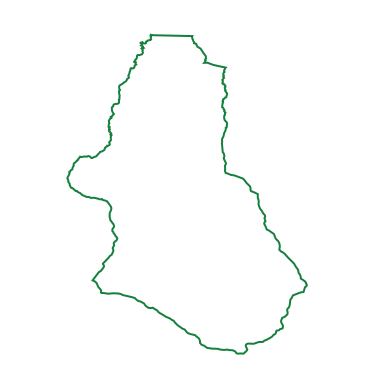 Ginebra, Valle del Cauca, Colombia, rotated 97°
{"feature_id": "7082276B86237155674580", "entity_name": "Ginebra", "entity_type": "district", "adm_level": 2, "iso_a3": "COL", "parent_name": "Colombia", "parent_adm1": "Valle del Cauca", "projection": "natural_earth1", "projection_center": [-76.22, 3.747], "detail": "fine", "context": "isolated", "style": "outline", "palette": "green", "viewbox_px": 384, "rotation_deg": 97, "n_neighbors": 0, "source": "geoboundaries", "source_scale": "gbopen_adm2", "svg_char_len": 5973}
<svg xmlns="http://www.w3.org/2000/svg" viewBox="0 0 384 384"><g transform="rotate(97 192 192)"><path d="M223.7,105.6L220.8,111.0L220.1,113.2L216.2,115.4L214.9,116.4L213.6,116.5L212.2,115.5L209.0,116.9L207.9,116.4L207.0,116.5L206.0,117.0L204.7,118.6L201.9,120.7L200.2,122.4L198.9,123.2L195.8,124.6L193.8,124.5L192.0,124.9L189.9,126.0L186.1,126.4L184.8,130.1L183.9,133.6L182.7,134.2L180.6,134.5L179.3,135.2L176.4,138.9L173.8,141.4L172.5,143.0L170.4,151.8L170.3,155.3L169.1,159.7L169.1,160.8L167.8,161.5L166.8,161.9L164.8,161.9L161.9,162.5L160.1,161.8L159.3,161.8L154.8,164.6L152.2,164.2L149.7,165.3L148.8,166.3L139.8,168.3L138.4,168.1L136.9,168.6L135.3,168.5L133.2,167.6L129.4,167.2L127.6,166.5L125.4,166.1L124.1,166.3L123.8,165.6L123.1,165.4L121.2,165.6L120.1,165.4L118.5,166.1L116.9,168.2L114.8,169.1L112.2,169.3L111.5,168.7L110.5,168.7L109.8,169.0L109.1,168.5L107.7,170.0L107.0,169.7L106.5,169.8L106.0,170.6L104.7,171.3L104.2,172.4L100.9,172.5L99.2,172.1L98.6,172.6L98.1,172.3L97.6,172.6L96.7,172.2L96.2,172.4L95.5,171.4L94.1,170.5L94.0,169.8L93.8,169.6L90.6,169.1L89.6,169.4L89.0,170.2L88.1,170.6L87.6,171.3L87.1,171.2L86.9,171.5L86.2,171.3L85.7,171.9L84.5,172.2L83.8,172.1L83.5,171.6L82.6,171.8L81.2,173.0L81.0,173.5L81.3,174.2L80.5,174.7L80.2,175.1L79.8,174.8L79.2,175.0L78.2,174.7L77.5,175.4L76.9,175.5L75.7,174.7L75.0,174.7L74.7,174.2L73.4,175.1L72.7,174.5L71.8,175.2L70.5,175.4L69.0,174.4L68.7,174.8L68.2,174.7L67.4,175.0L66.5,174.5L65.4,174.2L65.0,174.3L64.4,173.8L63.3,186.1L61.8,192.5L62.3,195.6L61.4,195.0L60.6,194.7L59.7,194.6L59.3,195.2L59.0,195.2L57.8,194.3L55.5,194.9L52.9,197.4L48.7,200.9L47.0,204.5L44.4,206.0L44.1,208.1L43.3,208.1L42.0,209.1L40.9,209.5L40.4,210.0L38.4,210.8L37.2,210.6L41.1,249.4L41.0,252.1L41.9,252.2L41.9,251.5L44.8,251.7L45.5,251.2L46.0,251.5L47.2,254.6L48.1,255.2L48.4,255.9L49.6,255.8L50.3,256.5L50.5,259.3L49.5,259.2L49.3,259.4L50.1,261.2L50.4,261.2L51.0,259.9L51.3,259.6L52.7,260.4L52.8,259.5L53.3,259.2L53.6,258.4L54.5,258.3L55.0,257.5L55.3,257.9L55.0,259.1L55.7,259.6L56.4,258.5L56.9,258.4L57.4,258.1L58.3,258.4L59.3,257.8L60.3,257.8L61.5,258.6L62.6,261.0L62.6,262.5L63.3,263.1L65.8,263.1L67.0,263.7L67.6,264.4L68.8,264.4L69.7,265.3L70.0,265.2L69.8,264.0L70.1,263.5L71.5,263.7L72.3,262.9L73.4,264.3L75.3,264.4L76.4,265.2L76.7,266.2L76.4,267.4L77.5,268.2L78.5,268.0L80.3,268.5L82.0,268.6L84.4,269.4L86.1,268.5L88.1,270.4L89.3,270.5L90.0,270.9L91.9,273.2L92.8,273.9L94.9,276.6L95.9,277.2L98.4,276.8L99.5,275.9L99.9,276.0L100.6,276.7L101.0,276.7L103.6,276.2L105.1,275.5L106.8,275.6L108.5,275.3L109.3,275.9L110.2,275.5L112.4,275.4L113.5,276.5L113.9,278.6L114.6,280.2L115.2,280.6L116.7,280.7L117.7,281.8L118.9,281.8L121.3,281.2L122.8,280.3L123.8,279.2L124.2,279.0L125.5,280.2L126.4,280.5L127.4,281.9L127.8,281.8L128.0,281.0L128.4,281.0L129.4,282.3L131.2,283.2L132.9,282.9L133.9,282.4L134.9,282.8L137.6,282.7L137.7,281.6L139.8,282.1L140.1,282.0L140.1,281.3L141.5,281.7L142.1,281.5L142.4,280.6L143.2,280.1L143.6,279.4L143.9,279.3L144.6,280.0L145.0,280.0L145.4,278.8L146.8,279.4L150.6,278.8L152.8,280.3L154.5,279.4L155.2,279.5L156.2,280.6L156.4,281.9L157.4,282.2L158.5,283.6L160.9,284.1L161.3,284.5L162.7,286.3L163.4,288.1L164.9,288.9L166.2,290.1L168.2,291.3L169.4,293.8L170.5,295.3L170.5,296.1L169.3,297.5L168.9,299.4L169.7,300.5L169.9,303.1L170.8,306.2L170.6,307.4L172.0,308.0L172.8,308.8L173.9,308.9L174.6,309.9L175.3,310.1L176.0,310.9L176.7,311.2L177.4,312.2L178.1,312.6L179.1,312.9L180.3,312.6L182.5,313.5L183.9,313.5L184.6,314.0L185.3,315.1L186.5,315.4L187.1,316.3L188.5,315.8L190.6,316.4L192.6,317.3L193.7,317.3L194.2,316.8L195.0,316.7L195.7,316.1L197.1,316.0L198.3,314.7L200.3,314.1L202.3,312.7L202.6,312.3L202.7,311.0L204.1,309.1L204.3,308.5L205.1,307.8L205.0,306.3L206.0,305.3L206.7,302.9L208.3,300.7L209.7,296.3L209.6,293.4L210.2,291.5L209.6,288.4L210.1,284.8L210.0,284.1L210.4,283.4L210.5,282.4L210.0,280.3L210.8,279.7L211.0,277.4L211.7,275.0L216.4,270.7L217.2,270.3L218.3,270.0L220.0,270.2L223.0,271.1L227.0,270.7L228.3,270.0L229.8,269.7L233.5,266.1L235.1,265.2L236.0,265.1L238.2,266.3L239.4,266.5L240.6,266.2L241.6,265.0L242.7,264.6L243.4,263.6L245.5,262.1L246.3,260.9L247.2,260.5L248.3,260.6L249.8,261.5L250.6,262.5L251.8,263.3L252.8,263.4L254.4,262.8L257.3,263.9L259.2,263.0L260.4,262.9L264.1,264.1L265.5,265.7L267.6,266.9L273.9,271.7L274.2,271.7L276.0,270.3L277.5,270.5L281.2,272.6L282.9,274.7L291.8,279.9L292.8,277.1L294.0,275.6L297.6,273.5L300.3,270.5L300.8,270.2L302.3,270.2L303.2,269.7L303.0,267.8L303.2,262.9L302.1,257.7L301.7,252.6L302.0,250.0L302.7,248.2L303.8,237.8L304.4,235.5L305.5,234.3L306.7,232.2L307.0,229.6L308.3,226.4L308.6,225.9L310.5,224.3L312.2,221.4L312.3,219.0L311.6,216.7L312.7,214.8L313.7,212.2L315.2,210.8L316.2,209.0L316.9,207.2L318.9,203.0L320.2,198.5L321.4,196.4L322.0,194.5L324.0,192.6L325.9,190.1L328.7,185.0L329.5,182.3L331.7,180.2L332.6,178.8L333.2,176.1L333.7,171.5L334.7,170.2L336.1,167.8L337.1,166.8L339.1,165.9L340.9,165.6L341.9,164.5L342.7,163.2L343.0,161.3L344.9,158.0L345.0,153.1L344.5,147.1L344.9,145.3L344.9,141.3L344.1,137.5L344.4,135.8L344.1,132.5L345.0,129.6L346.4,128.5L346.8,127.5L346.8,126.4L346.3,123.9L346.2,121.4L345.9,120.9L344.4,119.6L343.0,118.5L341.7,117.9L338.5,119.8L337.8,119.9L337.1,119.8L336.0,118.9L335.6,117.7L335.1,112.2L332.8,107.5L332.1,103.3L330.7,102.0L329.4,99.5L328.5,98.6L327.8,97.3L325.8,94.9L324.2,93.9L322.6,92.0L321.6,91.6L319.4,91.3L318.6,88.8L317.4,87.9L316.4,85.5L315.4,85.3L313.5,85.5L311.0,87.2L309.7,87.9L308.7,87.8L306.0,87.2L304.3,84.4L302.3,82.8L301.2,82.3L299.6,82.5L297.5,83.2L296.4,83.0L294.4,81.5L291.1,81.2L287.0,81.3L284.9,80.0L282.4,79.3L278.6,72.4L277.7,69.1L272.8,68.3L271.8,67.2L270.9,66.7L269.7,66.9L269.4,67.4L268.1,67.9L266.8,69.2L265.7,71.2L264.9,73.2L264.6,73.5L263.1,73.7L260.9,74.7L259.4,76.3L256.3,77.2L253.2,80.1L250.7,81.9L245.3,88.8L242.1,92.4L240.8,94.5L240.3,96.2L238.7,98.3L235.3,98.2L233.6,98.6L231.7,99.4L229.9,100.8L228.8,102.5L227.8,103.4L223.7,105.6Z" fill="none" stroke="#15803d" stroke-width="2"/></g></svg>